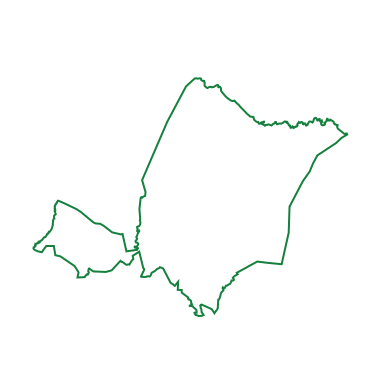 San Pedro Pochutla, Oaxaca, Mexico (Natural Earth projection), rotated 209°
{"feature_id": "50627088B77696414551918", "entity_name": "San Pedro Pochutla", "entity_type": "district", "adm_level": 2, "iso_a3": "MEX", "parent_name": "Mexico", "parent_adm1": "Oaxaca", "projection": "natural_earth1", "projection_center": [-96.39, 15.79], "detail": "fine", "context": "isolated", "style": "outline", "palette": "green", "viewbox_px": 384, "rotation_deg": 209, "n_neighbors": 0, "source": "geoboundaries", "source_scale": "gbopen_adm2", "svg_char_len": 5999}
<svg xmlns="http://www.w3.org/2000/svg" viewBox="0 0 384 384"><g transform="rotate(209 192 192)"><path d="M84.1,317.5L85.1,318.2L85.5,318.0L85.3,317.0L85.9,316.8L87.3,316.8L93.9,317.9L95.2,318.2L96.1,318.8L96.7,319.5L97.0,321.1L97.4,321.1L97.8,320.4L99.0,320.8L99.4,320.8L99.9,320.4L100.4,320.5L100.8,320.9L101.4,321.1L102.1,322.0L102.8,322.2L105.1,322.3L105.3,321.9L105.6,321.8L106.0,322.3L106.3,322.3L106.6,321.0L107.5,320.6L108.9,321.7L109.3,321.6L109.1,320.0L108.7,319.4L109.2,317.7L109.7,317.0L109.7,316.6L108.8,316.4L108.6,315.8L108.6,314.9L109.0,314.4L110.5,313.5L111.3,313.6L111.6,314.0L112.1,314.1L112.6,315.0L112.1,316.5L113.2,317.5L113.7,316.1L114.1,315.9L114.6,316.2L115.7,317.7L116.1,317.5L116.0,316.3L116.9,316.3L116.9,315.4L117.1,315.3L119.2,316.8L119.8,316.7L120.2,316.4L120.8,315.3L120.1,311.9L120.3,311.2L122.2,311.2L123.3,310.7L123.6,310.3L123.7,308.6L123.5,306.7L124.2,305.5L124.6,305.4L125.0,305.7L125.4,306.4L126.4,306.8L127.1,306.3L127.3,305.3L127.9,305.2L128.6,306.2L129.2,306.5L130.4,306.1L130.4,305.5L131.0,304.8L132.4,305.0L132.3,303.7L132.7,303.2L132.7,302.1L132.5,301.7L132.0,301.4L131.9,300.6L132.1,300.0L132.9,299.7L133.0,299.1L133.6,298.8L133.8,298.5L133.7,297.8L134.4,297.2L134.8,297.3L135.2,298.1L135.9,298.1L136.1,296.9L136.6,296.1L137.0,296.0L137.5,296.4L138.3,297.7L138.8,297.6L139.0,297.2L139.4,297.2L139.8,297.4L140.8,298.5L141.9,298.4L142.0,298.8L142.5,299.4L142.9,299.5L143.3,299.2L143.2,298.7L143.5,298.6L143.9,299.1L144.5,298.9L145.3,298.5L145.9,296.7L146.9,295.2L148.8,294.2L150.0,292.9L150.7,292.5L152.0,293.0L152.4,293.8L152.7,293.9L153.2,293.4L153.0,292.3L153.4,291.7L153.8,291.4L154.4,290.0L154.5,289.1L154.7,288.7L157.8,288.3L158.2,288.0L158.6,287.2L159.7,286.7L160.1,286.4L160.2,285.5L160.4,285.3L161.3,285.5L163.6,285.4L163.8,285.6L163.6,287.0L162.8,287.7L162.9,288.4L163.2,288.5L163.8,287.7L163.9,287.2L164.7,286.9L165.0,286.6L165.6,285.2L165.6,284.7L166.1,284.3L166.6,284.2L167.9,285.3L168.7,284.8L169.7,284.7L170.7,284.8L171.5,285.1L172.5,285.2L173.4,285.9L174.4,287.3L174.9,287.3L175.4,287.0L176.5,286.8L176.9,286.4L178.0,286.2L179.0,286.6L181.2,286.9L186.8,288.7L190.5,289.7L192.9,290.7L197.1,291.7L199.1,292.5L199.5,292.3L199.6,291.9L200.6,291.2L201.8,290.9L204.6,291.0L208.7,291.8L213.8,293.7L215.7,294.7L216.9,296.8L218.3,297.4L218.8,297.5L219.1,296.9L219.6,296.5L220.0,296.6L220.9,298.1L221.4,298.1L222.2,297.4L224.0,294.3L225.6,293.1L226.3,293.2L227.0,292.9L227.2,292.5L228.2,291.7L228.6,291.0L228.7,290.5L229.3,290.3L232.0,290.8L232.7,291.3L234.0,293.9L235.0,294.3L235.1,295.0L235.3,295.1L235.7,294.9L236.1,294.4L237.2,294.3L238.4,294.5L239.0,295.5L239.6,295.5L240.8,294.9L241.7,294.0L243.3,293.6L244.4,292.6L244.7,292.5L248.4,281.4L247.7,241.5L241.4,178.2L232.6,169.4L231.1,165.8L232.4,164.3L232.8,162.9L233.8,162.9L234.0,161.9L229.8,151.7L224.1,143.1L223.9,141.9L222.6,140.7L222.2,140.1L221.7,138.5L221.6,136.8L222.8,135.4L223.1,134.8L222.6,134.0L221.8,133.6L221.0,131.2L220.4,131.0L219.8,132.5L219.5,132.7L219.2,132.4L219.3,129.5L218.8,126.6L219.0,125.9L218.5,125.2L217.4,124.7L217.2,124.0L217.3,123.0L217.6,122.4L217.6,121.7L217.3,121.2L216.4,120.7L215.0,121.2L213.8,120.5L213.6,119.3L214.0,116.9L214.2,116.7L215.5,116.7L215.6,116.2L215.4,115.9L214.8,115.7L212.1,116.7L211.9,116.4L212.2,115.1L212.0,114.8L220.6,108.3L232.4,121.6L233.8,120.4L242.3,118.0L252.6,119.6L256.9,119.7L260.9,117.8L263.5,117.6L279.9,120.7L284.9,121.0L297.2,120.3L304.4,119.6L305.1,119.3L305.0,118.8L305.2,117.4L304.9,117.1L305.1,116.7L305.0,115.8L305.4,115.4L305.2,114.5L305.3,113.8L305.0,113.7L304.8,113.0L304.9,112.4L304.5,112.1L304.2,111.4L303.8,111.1L303.9,110.6L302.7,109.8L302.9,109.0L302.4,108.9L302.2,108.1L301.2,107.4L300.4,106.3L301.1,104.9L301.1,104.4L300.5,103.2L299.9,102.3L299.5,102.0L299.9,101.1L299.7,99.6L299.0,98.5L298.3,96.4L297.8,95.9L296.9,92.1L296.9,90.2L297.2,88.1L297.9,87.7L297.5,86.0L298.2,85.7L298.4,85.0L298.1,83.6L298.5,82.2L298.4,81.7L298.7,81.6L298.8,81.2L299.3,80.6L299.6,79.6L299.7,78.2L299.9,78.0L300.1,76.5L300.8,75.9L301.2,75.0L300.9,74.4L301.2,74.3L301.2,73.5L301.4,73.0L301.5,72.4L301.3,72.3L301.9,72.3L302.1,72.9L301.9,73.5L302.1,73.7L302.9,71.2L303.2,70.7L303.8,70.7L303.5,69.5L303.0,69.5L302.7,69.2L302.8,68.7L303.0,68.2L303.0,67.5L303.7,66.8L303.2,65.6L302.3,65.2L300.9,65.1L298.0,65.4L294.2,66.5L293.3,74.1L286.7,77.8L280.9,70.5L275.8,71.9L258.7,70.3L252.2,66.7L250.7,61.7L244.6,65.5L244.4,66.4L244.6,67.1L244.5,67.6L243.9,69.2L243.4,69.0L243.1,69.2L243.0,70.1L243.2,70.9L243.2,71.3L243.3,71.7L244.5,72.6L245.0,74.5L244.9,75.2L239.8,74.7L228.6,80.3L224.3,84.5L221.2,97.1L219.6,96.7L219.0,97.1L214.4,96.5L213.9,96.6L212.4,98.0L211.6,98.1L211.4,102.8L211.2,103.8L210.8,104.9L212.9,107.5L209.2,114.2L197.6,101.7L196.8,101.6L196.0,100.7L196.1,100.4L195.7,93.6L195.1,93.2L194.3,93.9L193.5,94.1L191.6,95.1L191.0,95.4L190.7,96.0L189.9,96.8L188.2,97.5L187.7,98.6L187.7,99.4L188.1,101.8L186.2,104.9L185.2,107.8L183.9,109.4L183.6,110.7L180.1,111.1L166.7,102.2L163.8,102.0L163.0,101.7L161.5,101.6L160.6,106.8L157.0,99.5L153.5,101.3L152.2,99.0L144.3,97.9L144.0,97.1L143.0,96.4L142.7,96.4L142.4,96.8L142.2,96.8L140.5,96.5L140.1,96.0L139.6,95.8L139.0,94.5L137.6,93.9L137.8,93.2L138.9,91.5L138.8,91.3L136.2,92.4L135.7,92.4L134.9,91.9L132.0,91.3L130.8,90.7L130.3,90.3L129.5,88.7L130.6,88.3L131.3,87.6L131.1,87.3L129.2,86.2L128.1,86.6L126.0,86.8L123.5,88.4L122.2,90.0L125.5,91.7L126.9,94.0L128.3,94.8L129.0,96.3L129.4,96.3L129.7,96.6L129.6,97.6L128.9,98.2L117.9,99.1L113.6,96.8L113.0,102.6L116.6,110.1L116.4,110.1L116.3,111.1L116.5,113.2L116.9,115.2L117.5,116.8L117.6,118.0L117.5,119.1L117.0,120.5L116.9,121.5L117.0,121.8L117.9,122.1L118.5,122.6L118.8,123.4L118.8,123.6L117.8,123.6L116.8,124.0L116.9,126.5L116.2,126.9L114.2,130.3L114.2,131.9L114.5,133.8L113.1,134.4L112.8,135.1L113.0,135.8L114.7,136.8L114.0,139.2L112.2,142.2L113.7,143.0L101.2,162.8L92.0,166.5L78.6,172.3L87.7,203.3L99.6,226.5L100.3,255.4L99.0,267.1L100.0,275.6L100.1,284.8L89.8,304.5L87.3,312.1L84.1,317.5Z" fill="none" stroke="#15803d" stroke-width="2"/></g></svg>